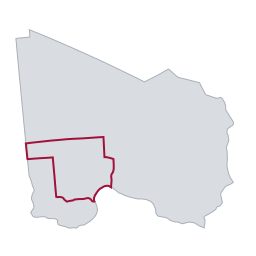 where Ajdabiya sits in Libya, rotated 176°
{"feature_id": "LBY-2983", "entity_name": "Ajdabiya", "entity_type": "Municipality", "adm_level": 1, "iso_a3": "LBY", "parent_name": "Libya", "parent_adm1": "", "projection": "orthographic", "projection_center": [21.402, 29.135], "detail": "fine", "context": "in_parent", "style": "outline", "palette": "rose", "viewbox_px": 256, "rotation_deg": 176, "n_neighbors": 0, "source": "natural_earth", "source_scale": "10m", "svg_char_len": 4082}
<svg xmlns="http://www.w3.org/2000/svg" viewBox="0 0 256 256"><g transform="rotate(176 128 128)"><path d="M29.7,64.8L31.3,64.2L33.5,63.5L34.7,63.0L35.2,62.4L37.1,60.3L38.1,59.1L39.4,57.4L40.0,56.3L40.1,55.1L40.1,53.7L39.5,50.4L39.1,47.1L39.8,46.0L40.3,45.4L41.5,44.0L41.9,43.7L44.1,43.5L45.0,42.6L45.8,41.4L46.0,40.7L47.0,40.1L48.2,39.6L49.0,38.7L51.4,37.6L53.5,36.5L56.0,35.4L58.0,34.5L58.4,33.6L58.5,32.9L57.6,31.0L57.8,28.9L58.1,27.2L58.3,26.2L59.0,23.4L59.0,23.0L60.8,24.1L62.7,24.7L68.2,28.6L70.0,29.2L74.1,29.9L79.0,28.9L80.8,28.7L83.9,30.3L85.3,30.8L87.6,31.0L91.5,32.5L92.5,33.0L94.8,35.1L95.8,35.8L104.1,38.0L105.2,39.3L106.2,41.6L106.1,44.4L106.6,46.5L107.5,49.2L108.7,51.2L110.0,52.8L111.6,53.9L115.2,55.5L119.4,56.3L123.6,56.6L130.9,58.9L137.0,61.4L138.5,62.6L141.5,63.8L147.6,69.4L151.0,71.4L153.4,71.8L155.6,71.5L159.5,69.7L161.1,68.6L165.1,63.9L166.4,61.5L166.9,59.8L166.8,58.0L166.3,56.4L165.3,54.7L164.6,52.5L164.2,48.6L164.8,45.9L165.6,44.3L166.7,42.6L169.9,39.5L173.1,37.2L178.7,34.3L182.0,34.3L183.3,34.0L186.0,31.9L187.1,31.8L188.6,32.3L193.0,32.2L194.9,32.7L197.2,34.0L200.1,34.8L202.2,35.5L204.4,36.5L205.0,39.1L204.7,39.9L204.7,40.9L207.0,42.6L213.5,43.3L214.8,43.7L216.6,45.1L217.8,45.4L222.3,45.5L224.9,45.2L227.4,45.6L228.3,46.0L229.3,47.0L230.5,49.6L231.0,50.4L230.5,50.8L229.9,51.8L229.4,52.6L228.3,53.9L227.3,55.3L227.5,57.4L227.8,59.4L228.5,61.4L229.2,63.7L229.1,65.2L228.6,67.0L228.1,68.5L226.2,71.7L225.9,72.4L226.1,73.5L227.4,77.1L227.5,78.3L228.3,81.9L229.1,84.8L229.9,87.0L230.0,87.7L230.1,91.0L230.2,94.4L230.3,97.8L230.4,101.2L230.5,104.5L230.6,107.9L230.7,111.3L230.8,114.7L230.9,118.0L231.0,121.4L231.1,124.8L231.2,128.2L231.3,131.5L231.4,134.9L231.5,138.3L231.6,141.6L231.6,145.0L231.7,148.4L231.8,151.8L231.9,155.1L232.0,158.5L232.1,161.9L232.2,165.2L232.3,168.6L232.3,171.9L232.4,175.3L232.5,178.7L232.6,182.0L232.7,185.4L232.8,188.7L232.8,192.1L232.9,195.4L233.1,202.9L233.3,210.3L233.4,217.7L233.6,225.1L233.4,225.2L229.9,225.3L226.4,225.4L223.0,225.5L219.5,225.6L219.5,227.4L219.5,229.3L219.6,231.1L219.6,233.0L212.8,229.6L205.9,226.2L199.1,222.8L192.4,219.3L185.6,215.8L178.9,212.3L172.2,208.7L165.5,205.2L158.8,201.5L152.1,197.9L145.5,194.2L138.9,190.5L132.4,186.8L125.8,183.0L119.3,179.3L112.8,175.5L108.4,172.8L103.4,175.0L99.4,176.6L94.3,178.8L88.3,181.7L83.7,183.9L83.3,183.8L78.9,179.3L75.4,175.8L73.8,174.8L67.1,172.7L60.5,170.5L53.5,168.2L52.4,165.5L51.1,162.4L49.4,158.6L48.4,156.2L48.1,155.8L42.8,153.6L37.2,151.3L33.8,152.1L33.3,151.9L32.4,151.2L31.5,150.2L31.1,148.8L29.9,147.0L29.0,143.0L29.2,139.9L29.0,138.8L26.5,134.1L24.2,129.9L22.7,127.0L22.4,125.8L22.8,124.3L23.6,123.1L26.3,121.8L28.7,120.3L29.2,119.2L29.6,115.9L28.9,114.9L28.6,112.9L28.3,110.2L28.3,108.5L29.7,105.3L31.2,101.9L30.8,98.0L31.0,90.2L31.9,84.2L31.8,81.9L31.7,81.0L31.3,78.0L30.6,74.9L30.3,73.9L29.4,71.4L27.7,68.2L26.8,66.3L28.4,65.5L29.7,64.8Z" fill="#d9dde1" stroke="#a8b0b8" stroke-width="1"/><path d="M230.5,104.0L230.5,105.1L230.7,110.4L230.7,111.0L230.8,113.3L230.9,118.4L231.0,119.7L226.3,120.0L221.3,120.2L213.5,120.5L205.7,120.8L197.8,120.9L190.0,121.1L182.0,121.0L173.9,120.8L168.1,120.8L162.2,120.8L157.7,120.8L153.1,120.7L153.5,100.6L151.3,100.4L147.5,99.2L144.7,98.1L144.8,92.5L145.1,88.2L146.0,85.1L147.7,82.9L148.2,80.7L148.0,78.2L148.2,75.7L148.7,72.7L149.0,70.0L150.9,71.3L151.4,71.6L152.6,71.8L153.7,71.8L154.9,71.7L155.6,71.5L156.2,71.3L157.3,70.8L158.8,69.9L159.0,69.8L159.6,69.7L159.9,69.5L161.6,68.2L163.8,65.7L164.4,64.7L164.7,64.2L165.2,63.9L165.4,63.6L166.2,61.9L166.9,60.2L166.9,59.6L166.9,57.7L167.0,57.5L166.9,57.4L166.7,57.1L167.4,57.0L168.8,57.5L169.4,58.3L170.3,59.6L171.7,60.6L172.6,60.9L174.5,60.8L177.0,60.3L182.0,60.5L183.0,60.5L186.3,60.4L187.1,60.0L188.1,59.6L190.4,59.4L192.2,59.2L194.1,58.8L195.1,59.7L196.6,61.1L197.4,62.6L198.8,63.5L199.7,63.7L201.0,64.0L202.2,64.0L203.3,63.9L203.6,64.0L203.9,64.1L204.2,64.2L204.4,64.3L204.6,74.2L204.7,84.1L204.9,94.0L205.1,103.9L211.3,103.9L217.6,104.0L223.9,104.0L230.2,103.9L230.4,103.9L230.5,104.0L230.5,104.0Z" fill="none" stroke="#9f1239" stroke-width="2"/></g></svg>